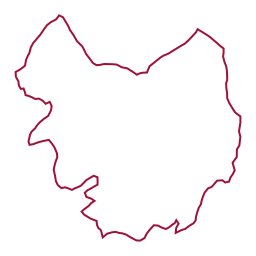 Icém, São Paulo, Brazil
{"feature_id": "56859067B31736587955122", "entity_name": "Icém", "entity_type": "district", "adm_level": 2, "iso_a3": "BRA", "parent_name": "Brazil", "parent_adm1": "São Paulo", "projection": "albers", "projection_center": [-49.2, -20.366], "detail": "fine", "context": "isolated", "style": "outline", "palette": "rose", "viewbox_px": 256, "rotation_deg": 0, "n_neighbors": 0, "source": "geoboundaries", "source_scale": "gbopen_adm2", "svg_char_len": 2338}
<svg xmlns="http://www.w3.org/2000/svg" viewBox="0 0 256 256"><path d="M62.9,17.2L59.1,15.4L56.1,19.4L50.6,22.3L47.0,25.2L43.8,29.5L40.4,34.6L37.7,37.7L35.5,40.4L33.3,42.9L30.9,47.2L29.4,53.0L27.7,56.1L26.1,59.7L25.0,65.7L20.4,69.3L15.6,72.0L15.9,76.8L18.4,81.3L18.9,85.5L20.8,88.9L23.6,88.5L25.0,92.3L25.6,95.2L28.7,95.9L32.0,97.3L35.3,99.0L38.9,98.6L42.7,100.7L45.7,103.8L49.7,101.9L51.7,106.1L50.9,110.6L48.1,116.0L43.7,119.0L40.0,122.1L36.9,125.5L35.1,128.4L31.7,131.5L30.0,134.7L29.3,138.1L28.5,141.5L29.5,144.8L33.1,144.2L39.1,142.0L45.2,140.6L48.8,139.9L51.8,143.5L54.2,146.9L55.5,149.8L56.9,153.2L57.3,157.2L55.8,161.1L54.6,165.3L53.7,169.7L55.1,176.1L55.9,181.1L57.9,185.2L61.4,188.1L65.0,187.3L68.3,188.4L72.0,189.9L74.8,188.3L78.0,187.1L81.0,185.6L83.7,182.9L86.3,180.1L90.4,177.7L93.6,175.8L97.4,177.2L97.6,181.1L97.5,184.7L94.3,186.4L90.7,188.6L87.4,190.3L84.8,192.8L86.5,197.0L91.2,198.6L94.5,200.9L91.2,203.1L88.6,206.0L84.5,209.0L81.6,211.6L84.0,214.5L87.0,216.4L90.4,218.5L93.6,219.8L96.6,220.9L96.9,224.6L98.3,228.0L100.8,230.1L101.7,233.1L102.7,237.4L107.1,233.7L112.1,232.3L115.8,231.9L118.9,232.9L122.5,233.4L125.9,234.5L130.0,237.0L136.3,240.4L140.1,240.6L144.5,238.1L146.7,233.6L149.8,229.7L153.8,225.3L157.7,225.5L162.7,228.0L166.0,229.0L169.4,227.1L172.2,224.7L174.7,223.2L176.3,220.2L178.6,223.7L176.2,227.9L175.7,232.9L181.5,230.1L185.1,229.0L189.3,225.8L193.6,223.2L195.6,220.5L196.1,216.4L197.3,212.0L198.8,207.7L200.8,204.5L201.8,200.1L203.1,196.2L204.7,192.5L208.1,188.3L211.4,187.1L213.6,184.8L217.0,180.7L222.5,180.3L225.2,182.5L229.0,181.6L230.6,177.3L232.9,174.0L234.7,170.3L232.6,162.8L234.7,159.8L236.7,157.2L236.8,154.2L236.9,149.3L239.3,145.6L240.4,136.9L239.0,131.3L240.4,122.7L240.4,116.4L235.3,112.6L232.7,108.7L229.2,102.9L227.2,98.2L227.1,92.9L226.4,88.5L226.1,83.3L227.2,80.1L227.1,74.2L226.8,70.0L226.2,66.3L224.5,62.1L223.1,56.6L223.6,52.5L223.6,48.5L220.3,46.0L217.7,43.6L214.6,41.0L210.9,37.8L207.2,35.1L197.6,29.2L196.0,32.3L188.9,39.9L184.8,43.7L180.8,45.9L168.1,53.8L163.5,55.6L160.5,57.5L149.5,66.3L147.0,72.5L142.1,72.8L139.4,73.5L136.8,74.7L132.7,71.8L127.4,68.4L121.6,67.2L116.8,64.6L112.4,64.2L108.0,64.1L104.2,64.0L99.3,65.0L96.3,65.1L93.1,63.1L86.1,54.0L84.4,50.4L82.3,46.4L77.0,41.2L73.4,34.9L69.9,29.9L68.4,26.2L62.9,17.2Z" fill="none" stroke="#9f1239" stroke-width="2"/></svg>